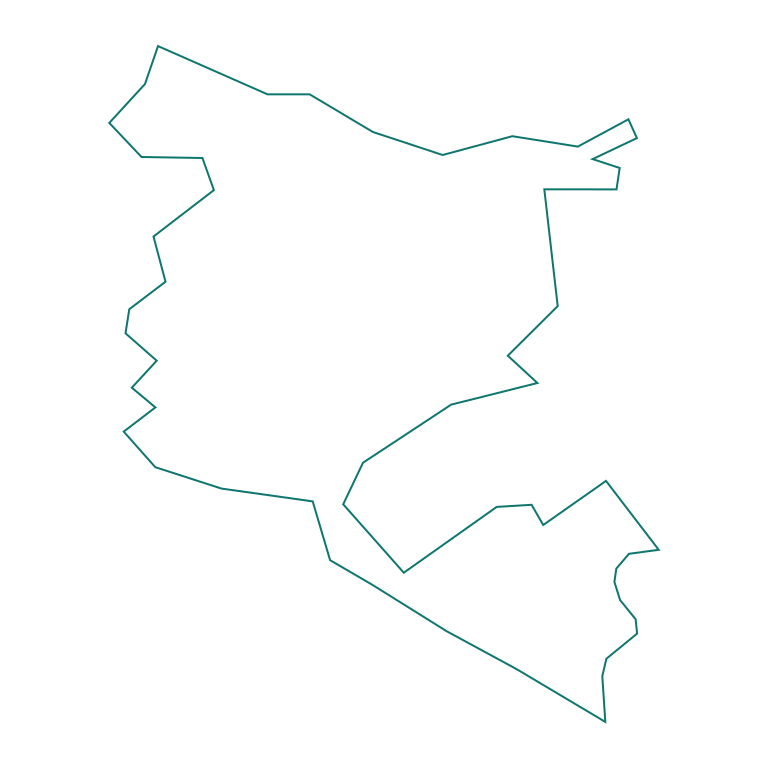 outline of Djalalkuduk, Andijon, Uzbekistan
{"feature_id": "79887680B24137157284199", "entity_name": "Djalalkuduk", "entity_type": "district", "adm_level": 2, "iso_a3": "UZB", "parent_name": "Uzbekistan", "parent_adm1": "Andijon", "projection": "albers", "projection_center": [72.656, 40.749], "detail": "fine", "context": "isolated", "style": "outline", "palette": "teal", "viewbox_px": 768, "rotation_deg": 0, "n_neighbors": 0, "source": "geoboundaries", "source_scale": "gbopen_adm2", "svg_char_len": 783}
<svg xmlns="http://www.w3.org/2000/svg" viewBox="0 0 768 768"><path d="M131.8,387.7L155.4,407.4L123.7,431.6L155.3,467.2L221.6,488.6L312.7,501.4L330.1,560.2L372.0,584.6L446.6,631.2L516.7,669.2L605.3,721.9L602.3,676.1L606.4,658.7L637.1,633.6L635.6,619.2L620.1,600.1L614.4,581.9L616.3,568.6L629.0,553.8L658.7,549.8L606.0,480.9L543.2,525.0L531.6,504.8L496.7,506.9L403.8,572.7L343.2,504.3L363.0,462.7L451.2,404.6L537.4,383.0L507.8,355.7L557.7,306.1L544.3,189.3L616.5,189.4L619.7,168.0L592.6,159.1L636.9,138.1L628.4,119.3L577.8,146.6L512.3,136.2L442.6,155.0L372.9,132.0L309.6,94.3L267.4,94.3L158.0,46.1L145.0,84.0L109.3,122.9L141.5,157.0L202.4,158.0L213.9,190.1L153.5,236.5L165.5,281.7L129.3,309.2L125.5,333.3L156.7,360.7L131.8,387.7Z" fill="none" stroke="#0f766e" stroke-width="2"/></svg>